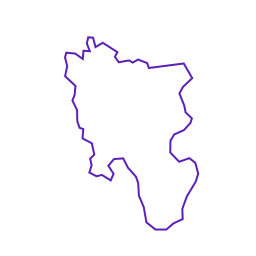 Kanlikul, Karakalpakstan, Uzbekistan (Robinson projection), rotated 24°
{"feature_id": "79887680B11359237520420", "entity_name": "Kanlikul", "entity_type": "district", "adm_level": 2, "iso_a3": "UZB", "parent_name": "Uzbekistan", "parent_adm1": "Karakalpakstan", "projection": "robinson", "projection_center": [59.048, 42.737], "detail": "fine", "context": "isolated", "style": "outline", "palette": "violet", "viewbox_px": 256, "rotation_deg": 24, "n_neighbors": 0, "source": "geoboundaries", "source_scale": "gbopen_adm2", "svg_char_len": 964}
<svg xmlns="http://www.w3.org/2000/svg" viewBox="0 0 256 256"><g transform="rotate(24 128 128)"><path d="M49.5,106.3L62.9,110.9L65.7,119.3L66.1,125.6L74.2,132.4L78.9,142.4L83.6,147.5L87.6,147.2L90.7,156.0L101.2,156.7L108.0,166.0L105.9,171.4L109.9,176.8L110.8,184.4L118.8,184.9L123.3,181.5L133.5,182.9L133.5,175.8L125.4,170.4L127.8,162.1L136.0,157.7L144.1,164.3L155.0,169.2L159.6,174.0L165.5,185.4L174.6,193.9L183.2,206.7L194.4,209.6L204.3,205.2L208.3,196.7L215.0,188.9L210.5,179.8L209.6,166.6L211.7,149.3L210.7,141.1L203.7,132.5L196.4,130.6L188.4,138.0L176.6,133.2L172.0,122.5L172.8,115.1L179.9,107.2L183.0,98.1L182.4,93.2L174.3,90.3L170.2,84.6L160.9,75.5L161.5,68.1L166.4,56.3L152.7,46.4L122.6,64.7L119.1,60.9L109.3,61.4L105.7,66.3L101.4,65.9L92.8,71.7L87.1,68.3L87.4,63.0L70.3,60.4L65.4,67.3L59.4,59.7L54.8,61.3L56.0,67.5L61.9,73.4L55.9,75.5L58.6,83.3L49.5,81.5L41.0,84.3L41.8,89.2L47.3,96.2L49.5,106.3Z" fill="none" stroke="#5b21b6" stroke-width="2"/></g></svg>